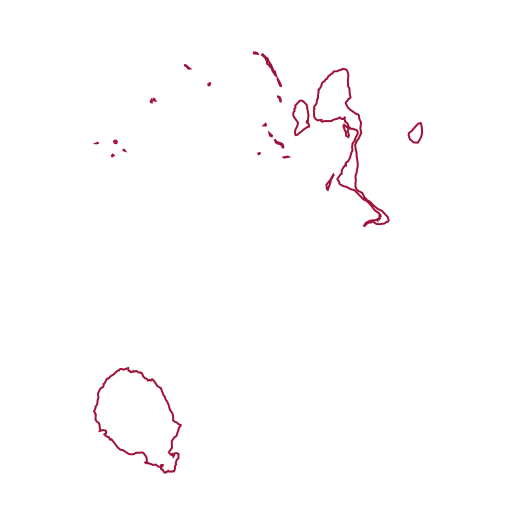 the district of Kiriwina-Goodenough District, Milne Bay, Papua New Guinea, rotated 352°
{"feature_id": "67681753B57057490318375", "entity_name": "Kiriwina-Goodenough District", "entity_type": "district", "adm_level": 2, "iso_a3": "PNG", "parent_name": "Papua New Guinea", "parent_adm1": "Milne Bay", "projection": "natural_earth1", "projection_center": [150.66, -8.912], "detail": "fine", "context": "isolated", "style": "outline", "palette": "rose", "viewbox_px": 512, "rotation_deg": 352, "n_neighbors": 0, "source": "geoboundaries", "source_scale": "gbopen_adm2", "svg_char_len": 6061}
<svg xmlns="http://www.w3.org/2000/svg" viewBox="0 0 512 512"><g transform="rotate(352 256 256)"><path d="M113.8,349.2L109.8,350.0L108.6,350.0L107.1,349.1L105.6,349.1L104.3,350.3L102.9,350.3L98.6,353.4L94.9,355.0L93.2,356.7L91.5,356.7L88.1,361.2L87.3,361.5L87.1,363.1L86.2,364.5L84.2,365.1L82.5,366.9L80.4,370.2L80.2,374.7L79.1,376.7L78.1,380.8L76.1,383.0L75.9,384.1L74.0,387.5L75.0,389.3L74.8,390.2L75.3,390.7L74.4,394.9L74.5,396.2L75.1,397.4L77.3,399.8L77.6,401.6L77.3,403.8L77.6,406.0L76.9,407.5L80.7,407.1L82.9,408.2L83.2,408.7L82.9,410.5L81.1,411.5L82.0,412.2L82.0,413.2L83.7,414.1L84.4,415.0L85.4,415.2L85.7,417.2L86.1,417.7L87.4,417.4L92.4,426.3L94.8,429.0L97.0,429.6L102.8,434.6L106.9,435.3L109.9,434.2L116.5,434.9L117.2,435.5L119.5,439.9L119.5,443.5L118.7,444.7L117.6,445.1L118.3,446.0L120.6,445.8L121.3,446.8L122.8,447.2L124.8,448.6L127.6,448.6L130.4,451.2L132.5,451.6L132.9,449.9L134.5,449.8L134.7,450.1L134.2,450.8L133.4,451.1L132.3,453.6L132.7,454.2L133.9,454.6L135.0,457.6L136.6,457.9L136.8,457.3L137.9,457.3L139.1,456.5L140.1,457.5L142.0,457.4L142.6,457.9L144.6,457.4L144.9,457.7L146.1,455.7L146.4,453.0L147.9,451.2L147.7,449.7L149.4,446.5L150.5,446.0L151.2,445.1L151.2,443.4L151.8,441.5L150.4,440.2L148.0,440.1L147.4,440.8L147.2,442.0L146.2,443.1L145.7,440.4L144.4,441.2L142.7,439.2L142.7,437.8L146.1,434.3L146.8,427.7L149.5,424.5L152.2,423.1L156.1,415.0L157.4,414.0L157.9,412.9L155.7,411.6L154.5,409.9L152.6,408.9L151.0,407.2L151.6,403.8L151.4,400.4L149.4,396.4L148.8,391.5L147.7,387.6L146.5,385.5L146.1,382.7L145.0,380.8L143.4,373.6L140.3,371.2L138.0,366.3L136.2,363.7L135.5,363.7L134.5,364.7L133.4,363.9L131.7,364.3L130.6,362.2L129.0,361.6L127.5,359.4L126.8,356.3L126.1,356.1L125.5,355.2L123.9,355.2L121.3,353.1L119.4,353.6L118.5,352.8L118.0,353.5L115.7,353.5L115.0,352.3L113.8,351.8L113.8,349.2ZM370.6,83.5L367.6,82.7L366.4,83.5L363.5,83.7L362.7,84.3L358.9,84.1L358.2,84.4L357.4,85.7L356.0,86.0L354.5,87.3L353.1,87.6L350.9,90.4L349.5,90.8L348.5,92.2L346.3,93.2L345.2,94.3L344.3,96.8L342.0,99.5L341.0,99.9L341.1,101.1L339.8,105.4L339.4,108.3L338.2,109.7L337.1,113.5L334.4,116.3L334.0,117.9L334.4,118.5L333.5,120.2L333.0,126.0L334.0,128.5L335.9,130.3L339.8,130.3L339.5,131.6L340.4,132.3L342.5,131.9L349.6,132.9L351.2,131.9L356.5,131.2L358.2,130.4L360.1,132.3L361.5,132.5L363.7,130.6L362.5,132.6L363.1,134.3L362.8,135.1L364.7,137.0L365.4,138.5L365.5,140.6L367.9,143.3L370.3,143.6L370.8,144.3L373.2,145.4L373.8,146.3L374.0,147.5L373.8,148.9L370.6,153.5L369.3,156.2L367.4,157.8L366.3,161.5L366.2,165.1L365.1,166.3L362.8,171.7L360.5,174.9L358.1,176.2L357.6,176.9L357.9,178.4L357.7,179.1L356.5,178.8L354.0,181.4L352.6,184.0L352.3,186.5L351.2,186.9L347.3,190.9L347.4,191.7L348.7,194.2L348.6,195.7L349.4,196.9L352.6,199.2L354.9,199.9L359.2,203.1L362.6,204.5L370.3,214.8L372.0,216.1L372.9,214.6L371.6,213.2L370.1,208.4L365.9,205.4L364.7,203.5L364.2,201.4L364.6,197.5L365.2,196.2L365.7,190.3L367.2,187.6L369.5,180.2L369.7,173.4L369.5,171.7L370.0,167.6L369.6,165.4L369.6,159.9L372.3,155.4L373.4,154.8L377.4,148.8L377.1,144.2L378.6,138.3L377.4,134.5L377.4,131.0L376.8,130.0L375.3,129.5L369.4,124.0L367.7,121.8L366.2,117.7L366.2,116.8L366.8,115.9L368.2,114.9L369.4,113.3L371.2,112.8L371.7,112.0L371.4,108.7L371.8,102.9L370.7,100.4L371.1,99.3L371.2,96.1L372.7,89.4L372.1,85.1L370.6,83.5ZM325.8,130.8L327.6,123.6L327.2,113.3L324.2,109.3L322.5,108.4L320.9,108.4L315.8,112.5L315.8,114.5L314.3,115.9L314.5,117.6L313.2,118.8L312.5,121.0L312.5,122.3L313.7,125.1L316.2,129.9L314.9,133.2L312.6,136.4L311.7,139.1L312.0,141.8L313.2,141.9L314.5,141.3L321.5,137.0L325.4,135.2L326.3,135.4L326.8,134.5L326.6,132.8L324.8,130.8L325.1,130.0L325.8,130.8ZM432.2,166.2L435.8,161.6L437.5,157.6L438.0,153.6L438.0,150.0L437.8,147.5L437.4,147.2L435.0,147.6L433.1,149.0L427.5,153.9L424.6,155.5L424.0,157.2L424.2,159.6L424.9,162.1L427.9,165.4L430.8,166.1L432.2,166.2ZM391.9,235.8L387.0,228.8L383.2,226.4L378.9,221.7L376.6,218.3L373.4,215.8L373.6,217.3L376.4,220.9L380.0,227.3L383.6,230.6L384.2,232.0L384.9,232.5L384.9,233.9L384.4,233.9L384.0,233.0L383.8,233.3L384.0,235.9L383.2,235.7L383.0,236.7L381.8,236.4L381.4,237.7L380.8,236.7L380.2,237.1L373.9,236.9L369.7,238.3L367.2,241.0L367.8,241.4L369.9,239.6L372.6,238.5L374.5,238.9L375.3,238.1L376.3,238.1L379.8,241.1L382.6,241.7L387.6,241.7L390.3,240.3L391.3,240.4L392.4,239.1L391.9,235.8ZM364.0,151.0L364.9,149.3L364.1,144.8L365.7,142.9L361.5,138.2L361.0,138.6L360.7,140.3L361.2,141.1L361.0,141.9L362.2,146.2L362.0,149.5L364.0,151.0ZM301.0,80.3L300.4,76.0L299.0,74.8L297.5,68.7L295.4,64.6L295.0,62.0L293.3,60.6L290.7,57.2L290.2,57.2L289.9,57.9L291.1,58.9L293.0,61.6L293.3,63.3L294.1,63.8L293.7,67.1L295.3,68.5L296.0,70.2L297.4,71.8L298.1,75.0L300.5,80.1L301.0,80.3ZM336.3,200.5L340.2,193.1L340.3,191.7L344.1,186.7L343.9,186.2L340.3,190.9L335.7,195.1L335.5,199.5L336.3,200.5ZM297.9,152.4L298.3,151.9L297.8,148.9L296.5,147.9L292.7,146.1L290.6,143.1L291.5,146.4L292.7,147.5L295.7,148.6L297.2,150.7L297.4,152.1L297.9,152.4ZM133.4,124.9L134.1,123.7L133.7,122.4L132.2,122.1L131.3,122.7L131.8,124.3L133.4,124.9ZM304.3,91.1L304.5,90.5L304.1,89.8L304.0,88.4L302.1,83.6L302.0,84.3L303.5,90.6L304.3,91.1ZM288.2,139.7L288.6,138.9L286.4,136.3L286.6,138.8L288.2,139.7ZM301.9,106.4L302.3,105.2L301.9,102.8L301.3,101.7L300.0,101.1L299.9,101.5L301.2,103.1L301.6,106.2L301.9,106.4ZM216.5,61.2L212.8,57.1L212.2,57.1L212.1,57.5L213.4,58.4L215.1,61.1L216.5,61.2ZM285.8,56.1L285.4,55.2L283.6,54.3L282.2,54.1L282.0,54.5L282.2,55.2L285.8,56.1ZM233.8,80.4L234.7,78.9L234.4,78.4L232.6,79.3L232.8,80.4L233.8,80.4ZM301.9,162.3L301.4,161.9L297.3,162.1L297.7,162.5L301.9,162.3ZM174.2,89.4L174.7,87.0L174.4,86.6L173.2,88.3L173.4,89.1L174.2,89.4ZM282.0,127.8L283.9,128.1L284.1,127.4L283.9,126.5L282.0,127.8ZM127.5,137.3L129.0,136.6L128.3,135.7L127.2,136.5L127.5,137.3ZM177.9,88.2L177.2,86.4L176.7,86.2L176.8,87.9L177.9,88.2ZM272.9,155.6L274.1,155.0L273.9,154.5L272.6,154.8L272.9,155.6ZM140.8,133.6L140.2,132.4L139.6,132.4L139.5,133.0L140.8,133.6ZM115.0,122.1L114.8,121.8L113.5,122.2L113.9,122.3L115.0,122.1Z" fill="none" stroke="#9f1239" stroke-width="2"/></g></svg>